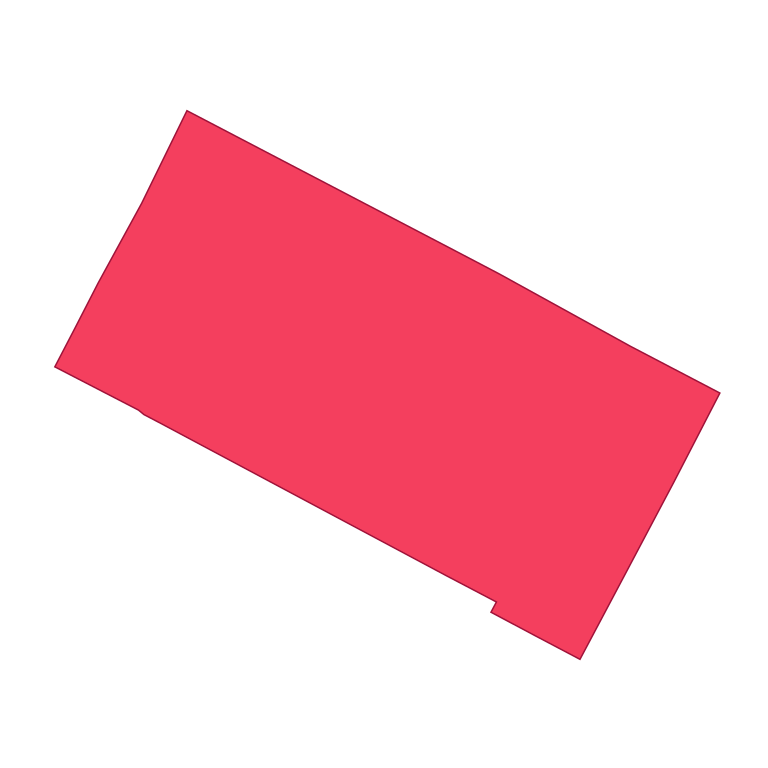 outline of DeKalb, Illinois, United States of America, rotated 118°
{"feature_id": "52423323B8884697818059", "entity_name": "DeKalb", "entity_type": "district", "adm_level": 2, "iso_a3": "USA", "parent_name": "United States of America", "parent_adm1": "Illinois", "projection": "mercator", "projection_center": [-88.72, 41.891], "detail": "fine", "context": "isolated", "style": "filled", "palette": "rose", "viewbox_px": 768, "rotation_deg": 118, "n_neighbors": 0, "source": "geoboundaries", "source_scale": "gbopen_adm2", "svg_char_len": 407}
<svg xmlns="http://www.w3.org/2000/svg" viewBox="0 0 768 768"><g transform="rotate(118 384 384)"><path d="M523.7,581.6L523.6,564.9L524.0,238.4L523.7,182.4L535.3,182.4L535.3,132.1L535.1,81.7L434.9,81.8L334.8,82.0L234.3,83.2L235.0,184.0L232.7,333.5L233.0,383.7L235.2,686.3L338.4,682.8L429.0,683.8L478.9,683.1L523.4,682.7L522.3,588.5L523.7,581.6Z" fill="#f43f5e" stroke="#9f1239" stroke-width="1.5"/></g></svg>